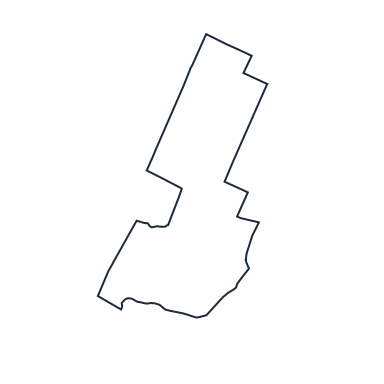 the district of Slobozia Mandra, Teleorman, Romania, rotated 313°
{"feature_id": "2599482B21797470887303", "entity_name": "Slobozia Mandra", "entity_type": "district", "adm_level": 2, "iso_a3": "ROU", "parent_name": "Romania", "parent_adm1": "Teleorman", "projection": "orthographic", "projection_center": [24.681, 43.937], "detail": "fine", "context": "isolated", "style": "outline", "palette": "slate", "viewbox_px": 384, "rotation_deg": 313, "n_neighbors": 0, "source": "geoboundaries", "source_scale": "gbopen_adm2", "svg_char_len": 1456}
<svg xmlns="http://www.w3.org/2000/svg" viewBox="0 0 384 384"><g transform="rotate(313 192 192)"><path d="M135.9,286.3L136.8,286.4L142.8,287.2L145.2,287.8L147.5,288.5L150.4,289.2L152.3,289.3L155.1,288.0L156.3,287.6L164.3,286.7L174.8,285.9L176.4,282.3L177.4,280.1L178.6,278.3L179.4,277.7L179.2,277.4L181.7,275.7L184.1,274.0L188.0,272.1L201.6,265.7L209.2,263.5L215.4,261.6L206.2,245.6L204.8,241.7L229.8,233.1L227.9,227.1L221.7,208.8L242.7,201.1L322.1,173.4L322.3,173.4L314.1,148.5L332.3,142.8L328.2,130.0L323.6,116.5L317.1,94.7L316.8,94.8L284.7,105.8L281.9,106.4L263.9,113.4L198.5,136.5L191.3,139.2L181.5,142.6L176.8,144.2L178.6,150.2L180.4,156.2L187.2,180.7L187.4,182.3L179.6,185.8L171.1,189.2L165.6,191.4L157.2,194.8L151.6,197.1L150.2,196.3L148.5,196.1L146.1,193.8L144.6,192.0L143.6,190.2L138.6,186.5L138.3,183.9L139.0,181.1L136.6,177.9L134.4,173.4L133.2,171.1L88.0,182.1L85.5,182.8L81.9,183.7L77.1,184.8L51.7,194.1L54.6,206.7L57.7,220.2L59.8,219.5L60.6,219.0L61.6,218.0L62.5,216.6L63.1,216.4L64.1,216.3L65.3,216.3L67.0,216.3L68.6,216.6L69.9,217.1L71.1,218.1L72.2,219.6L72.9,220.8L73.4,222.3L73.7,223.7L74.0,225.5L74.2,225.9L74.3,226.3L74.4,226.7L76.0,229.3L76.3,229.6L78.8,234.1L80.8,236.2L82.3,237.1L83.5,238.6L85.1,240.5L87.3,245.1L87.5,247.1L87.7,252.3L90.2,257.1L94.8,264.4L97.2,268.4L99.2,272.4L103.0,280.6L104.6,282.0L107.0,283.6L108.0,284.2L110.0,285.5L111.7,286.6L120.4,286.5L135.9,286.3Z" fill="none" stroke="#1e293b" stroke-width="2"/></g></svg>